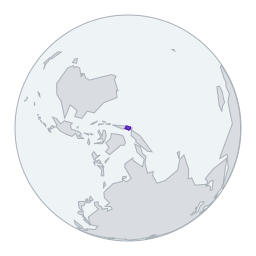 Jawa Barat highlighted on a globe, orthographic projection, rotated 180°
{"feature_id": "IDN-1223", "entity_name": "Jawa Barat", "entity_type": "Province", "adm_level": 1, "iso_a3": "IDN", "parent_name": "Indonesia", "parent_adm1": "", "projection": "orthographic", "projection_center": [107.637, -6.866], "detail": "fine", "context": "on_globe", "style": "filled", "palette": "violet", "viewbox_px": 256, "rotation_deg": 180, "n_neighbors": 0, "source": "natural_earth", "source_scale": "10m", "svg_char_len": 7502}
<svg xmlns="http://www.w3.org/2000/svg" viewBox="0 0 256 256"><g transform="rotate(180 128 128)"><circle cx="128" cy="128" r="113" fill="#eef3f6" stroke="#a8b0b8"/><path d="M231.2,155.0L231.0,155.9L230.9,156.0L231.2,155.0ZM172.2,24.4L171.8,24.2L173.4,24.9L167.6,22.6L172.2,24.4ZM33.5,66.7L33.2,68.4L35.2,67.2L42.3,57.8L39.0,59.4L42.0,55.4L47.5,50.4L50.9,49.8L52.2,48.2L53.0,45.5L56.9,42.5L53.7,44.4L52.7,45.7L50.7,47.1L51.4,46.1L52.8,44.9L52.6,44.7L46.3,50.6L44.7,52.6L42.7,54.5L48.6,48.1L55.0,42.2L61.8,36.8L69.1,32.0L76.7,27.7L84.6,24.1L81.2,25.6L83.4,24.6L83.1,24.9L87.1,23.2L87.0,23.4L91.0,21.8L91.4,21.7L88.9,22.8L95.2,20.8L97.2,20.8L98.6,20.3L99.6,19.9L101.5,20.3L102.5,20.0L102.2,19.7L104.0,18.9L107.9,17.9L108.3,18.1L107.0,18.5L104.8,19.9L101.2,21.2L101.8,21.3L105.0,20.2L107.7,18.5L109.9,17.8L109.1,18.4L109.6,18.2L110.8,17.9L112.5,18.0L113.5,17.3L126.6,15.9L131.1,16.3L128.9,16.7L138.6,17.1L142.9,18.3L142.6,17.9L147.1,18.3L145.8,17.9L146.0,17.8L156.8,19.6L159.7,20.5L164.1,21.5L164.0,21.4L162.1,20.8L166.2,22.0L167.6,22.6L173.4,24.9L173.3,25.0L177.7,27.0L176.9,27.0L178.2,28.2L174.8,27.5L176.2,28.8L177.8,29.5L180.8,32.1L181.6,35.5L174.1,29.5L171.5,25.4L171.9,26.6L169.8,25.5L168.7,25.6L169.2,26.7L170.5,27.3L160.9,26.4L158.0,29.8L163.2,30.6L166.3,32.7L167.6,39.1L157.5,46.7L161.5,51.0L161.7,53.5L158.0,54.3L157.7,50.7L154.0,48.9L154.4,46.9L148.3,47.6L148.6,44.8L143.8,47.0L145.5,49.5L150.7,49.7L146.4,53.2L151.6,58.1L152.1,63.6L142.9,72.4L133.8,74.7L133.2,76.5L129.6,74.1L124.8,77.5L131.2,88.9L131.0,92.2L123.2,98.0L123.0,95.5L113.6,89.1L111.7,96.9L118.9,103.9L121.3,112.0L115.8,109.2L113.3,102.1L110.0,99.7L111.0,92.8L108.4,82.8L102.8,84.5L103.4,80.6L99.0,72.8L91.0,75.3L78.3,85.9L76.4,96.2L72.1,101.0L67.3,86.5L67.8,77.0L64.4,78.1L60.9,70.8L50.0,71.7L49.9,69.5L47.6,70.9L45.3,69.1L45.8,65.6L43.8,66.2L42.9,75.6L45.2,75.0L49.3,70.7L48.4,74.3L50.8,77.2L42.8,87.0L29.1,97.8L30.3,90.3L32.9,71.9L34.3,69.7L34.4,69.4L34.6,69.0L32.2,72.8L33.5,69.4L29.4,82.0L27.6,88.0L28.9,98.3L28.1,99.7L29.3,101.7L36.1,97.4L35.6,100.1L30.8,113.0L23.6,132.2L26.0,143.8L28.0,154.1L26.7,162.1L30.1,169.9L30.0,173.4L32.1,178.0L33.8,183.4L35.5,188.9L34.8,190.6L32.1,186.6L27.8,179.4L26.0,175.8L22.8,168.3L20.2,160.6L18.1,152.7L16.6,144.7L15.7,136.6L15.4,128.4L15.6,120.3L16.5,112.2L17.9,104.1L19.9,96.2L22.5,88.5L25.7,81.0L29.3,73.7L33.5,66.7ZM41.0,56.4L39.4,58.5L38.0,60.3L41.0,56.4ZM90.0,22.0L88.4,22.7L85.2,23.9L90.0,22.0ZM51.9,54.2L55.7,54.0L58.5,48.9L60.1,48.6L60.5,47.1L58.7,48.6L60.1,44.7L63.4,43.1L65.2,41.1L64.0,41.1L57.9,44.8L55.7,50.2L52.9,52.5L51.9,54.2ZM40.5,59.6L38.6,61.6L38.8,60.9L39.4,60.3L40.5,59.6ZM37.0,61.6L36.8,62.2L36.5,62.3L37.0,61.6ZM81.4,205.0L83.8,206.4L82.3,206.6L81.4,205.0ZM36.7,150.3L39.1,169.2L36.6,169.8L33.9,164.6L31.5,153.4L33.7,149.6L34.1,144.4L36.7,150.3ZM149.8,133.5L153.2,134.4L153.1,135.0L149.8,133.5ZM146.3,131.3L150.2,131.9L145.6,132.4L146.3,131.3ZM151.7,132.1L155.7,131.6L157.4,130.9L157.0,132.0L151.7,132.1ZM143.6,131.1L129.2,129.8L123.6,128.0L124.9,126.1L134.1,127.2L143.6,131.1ZM124.4,126.0L115.8,120.1L104.0,104.2L108.2,104.6L120.5,114.4L119.8,116.0L125.0,120.5L124.4,126.0ZM145.5,117.6L144.6,122.5L136.7,121.4L133.1,120.3L130.6,113.7L132.0,110.6L134.9,111.0L146.4,101.3L150.4,104.3L146.9,108.4L150.2,113.0L145.5,117.6ZM76.8,97.1L78.9,103.3L76.6,104.5L76.8,97.1ZM151.1,94.6L146.5,98.6L150.7,93.0L151.1,94.6ZM153.7,89.3L153.9,91.6L152.1,89.2L153.7,89.3ZM133.0,79.4L129.9,79.7L129.8,78.2L133.8,77.0L133.0,79.4ZM152.4,68.4L152.3,72.6L151.7,74.0L150.3,71.3L152.4,68.4ZM111.0,16.9L105.0,18.0L101.0,18.9L99.5,19.6L99.1,19.3L105.1,17.8L111.0,16.9ZM124.6,15.9L126.0,15.6L127.1,15.7L127.0,15.8L124.6,15.9ZM124.2,15.7L122.6,15.6L124.5,15.5L125.4,15.6L124.2,15.7ZM204.8,196.9L205.1,198.5L201.9,201.4L197.8,204.1L194.8,203.9L204.8,196.9ZM178.7,197.4L179.5,192.8L183.5,193.5L181.1,197.1L178.7,197.4ZM207.5,195.0L210.4,191.7L212.4,186.6L211.0,191.6L212.2,192.9L205.8,198.5L207.5,195.0ZM166.6,175.9L144.6,181.4L140.0,179.8L141.5,176.3L138.0,165.2L139.6,165.6L139.1,158.4L152.3,153.3L161.8,143.1L168.7,144.8L174.2,137.6L181.2,139.4L178.9,145.4L185.8,151.2L191.3,137.8L194.7,154.4L199.1,161.5L199.4,172.4L188.3,188.1L182.7,190.3L182.0,188.2L179.6,189.6L176.3,188.0L175.3,181.6L172.9,183.0L175.5,179.0L171.9,182.2L170.5,178.1L166.6,175.9ZM216.1,159.4L216.9,160.3L217.9,163.8L216.6,162.7L216.1,159.4ZM229.0,157.0L229.2,158.7L228.4,158.4L229.0,157.0ZM230.9,156.0L230.0,155.8L231.2,155.0L230.9,156.0ZM221.4,152.1L221.7,153.3L221.4,153.5L221.4,152.1ZM221.1,151.6L221.7,150.2L221.5,151.8L221.1,151.6ZM217.6,141.2L218.2,140.7L218.4,141.4L217.6,141.2ZM158.2,135.1L163.0,131.8L165.6,131.8L158.2,135.1ZM216.9,139.2L215.5,138.6L215.7,137.8L216.9,139.2ZM217.0,137.4L216.9,136.2L217.7,139.2L217.0,137.4ZM214.5,133.8L216.1,136.5L214.3,134.0L214.5,133.8ZM213.5,133.7L212.2,132.4L212.3,132.1L213.5,133.7ZM198.9,130.7L203.6,138.9L199.7,137.6L195.4,132.2L191.7,135.2L183.7,132.8L185.6,130.8L184.6,126.9L176.1,123.9L174.4,121.2L177.4,120.2L171.8,117.4L178.0,117.5L180.5,122.7L184.0,119.6L189.9,121.8L195.6,124.8L200.0,129.6L198.9,130.7ZM177.9,128.0L179.0,128.2L178.0,129.5L177.9,128.0ZM209.9,128.8L211.7,131.9L211.4,132.4L210.5,131.7L209.9,128.8ZM201.1,129.0L205.9,126.5L207.0,126.9L203.8,130.5L201.1,129.0ZM204.8,123.5L207.0,124.7L208.1,127.4L207.6,127.8L204.8,123.5ZM165.3,121.4L165.0,122.7L163.4,121.4L165.3,121.4ZM167.4,120.9L172.3,123.2L166.9,122.0L167.4,120.9ZM152.5,114.4L153.9,117.6L158.5,116.2L155.0,118.6L158.1,124.2L157.0,126.0L154.0,120.0L152.8,125.7L150.8,125.4L149.7,120.3L151.8,114.5L153.8,112.3L162.1,112.4L152.5,114.4ZM167.4,117.1L166.1,113.4L167.0,111.1L168.5,113.2L167.4,117.1ZM162.2,104.4L158.7,99.9L155.6,101.1L161.9,96.4L164.2,101.4L162.2,104.4ZM159.2,95.3L156.3,96.3L159.3,93.5L159.2,95.3ZM155.5,94.9L155.1,92.2L157.5,92.8L155.5,94.9ZM160.7,95.7L161.2,91.2L162.4,94.0L160.7,95.7ZM154.1,86.2L159.1,91.1L152.6,88.5L152.2,80.1L154.9,80.2L154.1,86.2ZM168.6,57.3L167.9,55.3L170.3,55.3L170.2,56.7L168.6,57.3ZM177.6,54.4L170.7,54.7L165.1,55.4L166.9,56.6L165.8,59.7L162.9,56.2L166.8,53.2L171.1,53.3L171.6,50.9L174.6,49.8L173.7,46.6L174.9,45.7L177.1,48.7L177.6,54.4ZM173.1,45.3L172.5,40.4L177.2,42.2L178.4,43.6L176.7,45.0L174.3,44.0L173.1,45.3ZM173.7,39.8L171.4,38.9L165.7,31.7L165.7,30.7L172.5,36.6L170.7,36.1L171.3,37.7L173.7,39.8ZM145.2,17.6L145.7,17.5L147.1,17.8L145.2,17.6ZM147.9,17.5L145.9,17.2L147.8,17.4L147.9,17.5ZM141.6,16.7L145.1,17.0L142.0,16.9L141.6,16.7Z" fill="#d9dde1" stroke="#a8b0b8" stroke-width="1"/><path d="M126.7,126.5L126.8,126.4L126.8,126.2L127.0,126.2L127.1,126.3L127.3,126.2L127.5,126.3L127.6,126.5L127.8,126.6L128.0,126.7L128.1,126.8L128.1,126.7L128.2,126.8L128.2,126.7L128.3,126.7L128.5,126.7L128.5,126.8L128.8,126.9L129.0,126.9L129.1,126.7L129.1,126.8L129.3,126.8L129.4,127.0L129.6,127.2L129.8,127.3L129.8,127.6L129.9,127.8L130.0,127.8L130.3,127.9L130.5,127.9L130.3,128.1L130.2,128.3L130.3,128.3L130.2,128.4L130.2,128.5L129.9,128.5L129.8,128.8L130.0,128.9L130.0,129.0L130.2,129.3L130.1,129.5L130.3,129.6L130.2,129.6L129.9,129.6L129.7,129.7L129.7,129.8L129.3,129.9L129.0,129.8L128.6,129.7L128.4,129.7L128.2,129.6L128.0,129.4L127.9,129.4L127.7,129.3L127.6,129.2L127.5,129.3L127.3,129.2L127.2,129.2L126.5,129.1L126.4,129.1L126.0,129.1L125.8,129.1L125.7,129.0L125.6,128.9L125.6,128.7L125.8,128.4L125.9,128.2L125.7,128.2L125.7,127.9L125.8,127.8L125.7,127.8L125.7,127.7L125.6,127.3L125.6,127.2L125.8,127.0L126.0,127.0L126.3,127.0L126.3,126.9L126.3,127.0L126.5,127.0L126.7,126.8L126.7,126.7L126.7,126.5Z" fill="#8b5cf6" stroke="#5b21b6" stroke-width="1.5"/></g></svg>